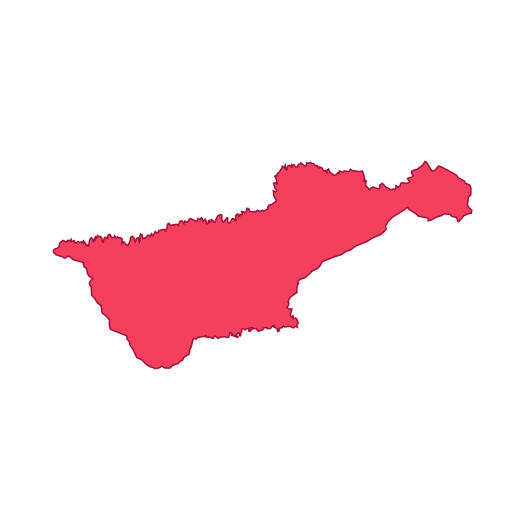 Nobres, Mato Grosso, Brazil, rotated 195°
{"feature_id": "56859067B93249900813034", "entity_name": "Nobres", "entity_type": "district", "adm_level": 2, "iso_a3": "BRA", "parent_name": "Brazil", "parent_adm1": "Mato Grosso", "projection": "robinson", "projection_center": [-55.833, -14.387], "detail": "fine", "context": "isolated", "style": "filled", "palette": "rose", "viewbox_px": 512, "rotation_deg": 195, "n_neighbors": 0, "source": "geoboundaries", "source_scale": "gbopen_adm2", "svg_char_len": 6143}
<svg xmlns="http://www.w3.org/2000/svg" viewBox="0 0 512 512"><g transform="rotate(195 256 256)"><path d="M59.2,355.7L63.3,358.3L65.0,360.3L66.1,368.0L64.3,370.4L65.9,377.1L67.7,379.8L72.6,380.5L74.0,382.3L81.1,384.0L83.2,385.9L85.4,386.6L100.3,390.1L103.1,390.1L104.9,385.9L107.3,383.5L108.6,384.1L115.9,391.0L117.5,390.9L118.3,387.4L122.6,381.7L127.4,378.5L127.5,376.5L125.0,374.0L125.3,372.9L129.2,370.7L129.6,369.7L126.9,367.6L127.2,366.6L129.2,365.2L134.1,364.4L135.1,363.5L134.9,360.8L135.9,359.8L136.8,359.3L139.0,360.2L138.5,357.9L139.0,356.2L140.5,356.3L143.1,354.9L148.4,356.3L152.9,358.9L154.9,356.3L154.0,354.6L154.3,353.2L155.3,352.5L160.9,353.0L161.6,351.8L162.9,351.1L163.5,349.5L168.3,352.5L168.9,354.1L168.9,357.1L169.8,357.0L170.5,356.1L171.7,356.2L170.7,358.4L175.1,365.6L178.7,364.1L182.5,363.9L183.7,363.1L187.3,364.2L187.6,362.4L188.5,361.5L192.9,361.0L193.2,359.7L194.4,359.3L197.5,359.7L196.9,357.2L198.4,357.9L199.5,355.4L201.4,354.1L206.1,356.0L208.4,358.8L209.4,357.8L209.2,355.1L210.9,356.7L212.8,355.7L215.1,358.2L217.5,358.5L218.0,357.3L220.2,359.2L221.7,358.6L224.5,360.2L225.8,359.8L228.0,360.5L229.3,359.0L231.2,359.2L231.1,356.3L231.7,355.1L236.8,357.7L237.3,356.3L238.8,355.4L239.1,352.6L241.1,352.5L242.8,354.1L243.8,353.1L244.2,351.6L245.2,353.3L245.7,351.4L247.0,352.2L248.3,351.8L248.8,349.1L248.6,347.2L249.5,347.6L251.3,351.3L251.7,348.7L253.8,349.6L253.6,348.5L255.5,342.7L256.6,341.6L256.8,338.6L258.0,338.8L258.5,337.8L256.9,336.4L254.6,332.3L254.6,331.1L256.4,331.8L257.9,330.7L255.0,326.0L252.9,325.1L252.9,323.8L253.8,323.2L256.2,323.5L254.9,320.7L254.8,319.2L251.0,315.0L250.9,314.0L254.6,309.2L255.9,309.2L257.4,306.7L256.8,304.5L259.4,302.0L260.4,301.3L261.5,301.9L263.6,300.1L266.3,300.5L268.6,298.2L273.3,297.4L275.4,299.9L277.2,299.7L277.1,296.3L278.2,295.0L280.6,295.6L281.4,295.1L280.0,293.1L280.2,292.0L282.2,292.1L282.0,290.5L282.8,289.8L284.5,291.9L285.6,291.2L285.9,289.7L284.9,285.6L285.6,285.0L287.4,286.4L288.5,286.1L289.8,281.4L291.7,280.8L292.5,282.1L293.0,285.2L293.9,285.5L296.1,280.3L297.1,280.3L298.9,283.7L299.6,286.7L300.8,286.8L303.0,285.4L303.5,284.2L304.6,277.7L305.7,277.7L306.4,278.8L308.6,279.7L308.5,277.9L309.2,276.4L310.5,278.3L311.2,277.4L310.7,275.8L311.1,274.7L312.4,274.6L313.6,277.5L314.6,278.3L316.3,275.6L317.5,278.3L318.7,278.9L319.5,276.6L321.5,277.4L322.0,274.6L323.0,274.1L328.9,275.3L330.1,274.1L330.8,270.9L333.8,271.4L334.0,268.7L336.6,270.8L338.0,270.2L338.8,269.3L338.4,268.1L339.1,266.6L338.7,265.3L341.5,266.1L343.1,264.4L344.0,264.8L346.3,263.7L347.9,263.9L348.5,265.1L349.3,264.6L349.8,263.1L349.1,260.5L350.1,256.9L351.4,257.9L352.6,257.6L356.7,255.2L356.6,253.2L358.3,252.7L359.6,253.5L360.9,248.7L362.7,250.5L363.5,247.4L364.7,248.4L365.9,248.1L367.6,244.2L368.8,244.4L370.2,243.7L371.1,246.4L372.1,247.4L373.2,247.4L373.4,245.2L371.9,240.7L372.2,239.2L374.5,243.2L375.7,242.3L376.5,238.5L378.6,242.0L380.6,243.1L381.4,242.5L382.0,241.2L381.5,238.2L382.4,233.0L385.2,233.8L387.3,235.6L388.7,233.2L389.7,238.0L391.9,238.6L393.4,238.0L395.0,238.7L395.6,237.4L396.6,237.6L397.7,239.0L398.4,236.5L400.7,237.1L402.6,239.0L404.2,238.5L404.4,234.3L405.8,235.1L407.1,234.7L407.4,229.7L408.6,230.6L409.6,233.7L411.9,234.6L413.2,233.8L414.4,234.7L415.3,230.9L416.0,232.5L416.7,230.4L416.1,229.4L416.8,227.9L419.5,231.1L420.3,230.6L420.9,228.6L420.3,222.6L421.4,223.1L422.4,221.8L423.0,223.1L424.7,224.6L425.3,223.5L425.9,224.3L425.7,225.4L426.5,226.1L427.0,224.0L428.2,224.6L429.6,223.5L431.9,223.9L433.0,222.1L434.0,221.9L435.5,223.9L438.1,222.1L438.8,224.1L439.3,222.9L440.5,222.8L441.0,221.9L441.8,222.5L443.0,220.4L446.5,221.1L449.1,217.6L448.6,214.5L449.8,212.0L451.2,211.4L452.8,209.8L453.0,208.3L452.1,206.8L449.5,205.4L442.3,205.1L441.0,204.5L439.7,204.5L438.3,206.6L436.4,207.4L431.7,205.1L420.4,205.1L420.8,203.7L419.8,201.9L419.1,200.9L416.2,199.9L414.6,195.9L412.2,193.4L407.6,191.8L409.3,189.8L410.0,186.8L408.8,184.6L407.1,183.2L404.6,175.5L401.6,173.9L397.2,169.9L392.6,167.6L390.4,162.1L388.7,160.4L387.7,160.4L381.1,156.6L379.7,151.1L377.6,147.5L360.2,145.5L359.0,142.4L356.0,140.4L354.9,137.6L350.2,133.5L345.0,127.2L339.6,126.2L333.2,122.6L329.6,121.6L325.9,121.6L325.0,121.0L321.2,122.5L318.4,125.1L315.2,124.2L310.2,125.4L308.0,128.8L305.7,130.8L303.7,131.5L301.7,135.2L300.1,136.1L299.2,139.7L295.4,143.7L295.2,146.3L296.0,147.0L295.1,151.5L295.2,159.1L294.4,160.5L292.3,160.2L291.1,162.4L290.0,162.4L289.3,163.3L285.1,164.9L283.9,166.0L283.6,164.9L281.2,165.0L280.2,165.8L276.5,165.1L275.6,165.8L275.9,167.1L275.0,167.9L272.5,167.4L271.7,166.6L268.4,168.9L265.0,170.0L262.5,169.8L261.4,170.6L261.5,175.1L260.4,175.5L258.3,174.4L259.5,173.8L259.2,172.8L257.9,173.2L252.9,172.6L252.5,173.6L255.4,174.0L252.8,177.5L251.6,176.6L250.7,177.4L250.1,179.1L250.8,180.8L250.3,182.1L249.3,182.5L247.3,181.9L245.9,183.5L244.3,184.3L243.5,181.6L242.2,181.9L241.3,183.3L242.8,185.1L241.8,185.9L240.4,185.9L240.5,184.6L237.6,186.0L234.3,183.9L230.4,186.5L229.6,188.6L227.2,189.8L226.6,188.8L224.2,189.2L223.1,190.1L221.6,193.4L220.2,193.5L220.5,192.1L216.9,191.3L215.6,188.7L213.9,189.9L215.1,191.2L214.5,192.4L212.6,193.2L211.6,195.2L210.1,194.8L205.6,196.7L201.1,196.3L200.4,197.6L199.3,198.2L197.5,197.9L198.9,199.8L197.8,202.0L200.6,206.0L201.6,206.3L203.5,205.2L204.4,205.8L204.0,206.9L204.8,207.9L205.2,206.8L206.3,206.4L207.5,207.8L207.6,214.2L210.8,213.2L212.9,214.4L211.8,216.7L212.0,218.9L212.9,219.5L213.0,222.4L212.2,225.2L207.0,231.3L208.2,235.4L208.4,239.4L207.6,240.3L209.3,242.0L207.2,245.0L202.9,247.8L197.6,256.3L193.2,259.9L191.3,263.8L190.9,266.9L190.1,268.0L180.0,275.6L174.4,279.1L169.1,284.8L167.0,285.5L162.2,291.5L152.9,298.4L148.2,303.5L141.5,308.7L139.2,311.7L137.2,315.7L138.6,318.3L137.5,322.7L135.8,326.1L134.0,329.1L124.5,339.2L122.9,341.9L121.8,342.1L121.0,340.9L112.6,338.2L109.6,336.5L100.5,337.2L99.0,336.5L98.9,334.6L96.0,336.1L91.6,340.5L88.9,341.8L84.9,345.5L79.4,346.5L77.2,345.0L72.5,345.1L71.7,344.5L70.2,341.6L69.1,341.7L65.5,348.9L62.6,351.3L59.0,353.2L59.4,354.1L59.2,355.7ZM251.6,176.6L251.4,174.8L250.4,174.8L250.3,176.1L251.6,176.6Z" fill="#f43f5e" stroke="#9f1239" stroke-width="1.5"/></g></svg>